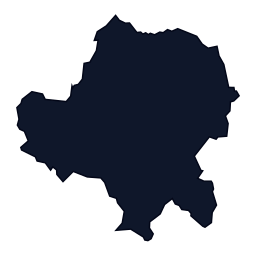 outline of Radovish, Radoviš, North Macedonia
{"feature_id": "65306769B69057078753294", "entity_name": "Radovish", "entity_type": "district", "adm_level": 2, "iso_a3": "MKD", "parent_name": "North Macedonia", "parent_adm1": "Radoviš", "projection": "equal_earth", "projection_center": [22.502, 41.651], "detail": "fine", "context": "isolated", "style": "filled", "palette": "ink", "viewbox_px": 256, "rotation_deg": 0, "n_neighbors": 0, "source": "geoboundaries", "source_scale": "gbopen_adm2", "svg_char_len": 1407}
<svg xmlns="http://www.w3.org/2000/svg" viewBox="0 0 256 256"><path d="M223.8,64.4L219.0,55.9L217.0,46.3L208.1,48.2L202.2,44.1L196.7,36.3L177.7,28.7L171.8,31.3L167.5,29.6L163.2,32.7L159.8,32.1L154.6,34.8L150.3,33.3L148.3,34.6L145.7,32.8L142.8,34.1L140.7,32.1L136.9,32.5L129.5,23.0L125.3,23.2L119.3,20.3L115.6,15.4L106.3,25.9L97.3,31.7L94.3,40.4L98.1,40.2L96.4,50.7L89.9,62.2L84.1,63.4L82.4,79.1L78.3,84.4L74.3,85.4L72.8,87.9L72.0,85.9L70.7,96.2L66.2,101.6L45.2,99.4L42.5,94.0L31.9,91.7L22.2,99.3L21.0,103.5L16.9,107.6L19.0,119.2L17.4,125.1L19.8,129.2L24.4,131.3L28.3,140.9L20.8,147.4L21.6,150.0L35.4,156.8L37.1,161.0L45.3,162.8L50.6,170.1L52.8,166.9L56.6,169.9L56.9,174.5L63.0,181.6L73.2,171.4L87.3,176.9L100.8,177.9L104.7,182.4L109.7,196.1L116.4,198.3L117.6,202.8L124.3,211.3L122.2,223.2L116.0,230.3L130.7,229.1L143.4,237.0L144.8,240.0L147.9,240.6L151.1,238.7L153.2,233.9L149.4,228.0L149.7,221.9L160.2,213.9L164.6,204.5L172.3,198.5L175.3,204.0L179.2,205.4L181.8,209.5L188.5,210.4L191.2,213.5L190.9,215.8L202.8,226.2L205.0,227.2L211.4,222.6L212.2,212.5L216.5,205.1L212.4,191.6L213.5,189.0L212.4,183.2L211.2,181.2L203.9,181.2L197.6,178.3L202.7,170.8L200.9,170.4L194.3,156.1L209.4,136.8L216.1,139.2L217.9,136.9L226.7,136.2L228.1,123.5L225.4,115.9L229.9,110.9L230.4,101.9L233.8,100.9L239.1,95.8L236.4,91.1L234.5,91.1L233.9,87.5L228.7,87.4L223.8,64.4Z" fill="#0f172a" stroke="#020617" stroke-width="1.5"/></svg>